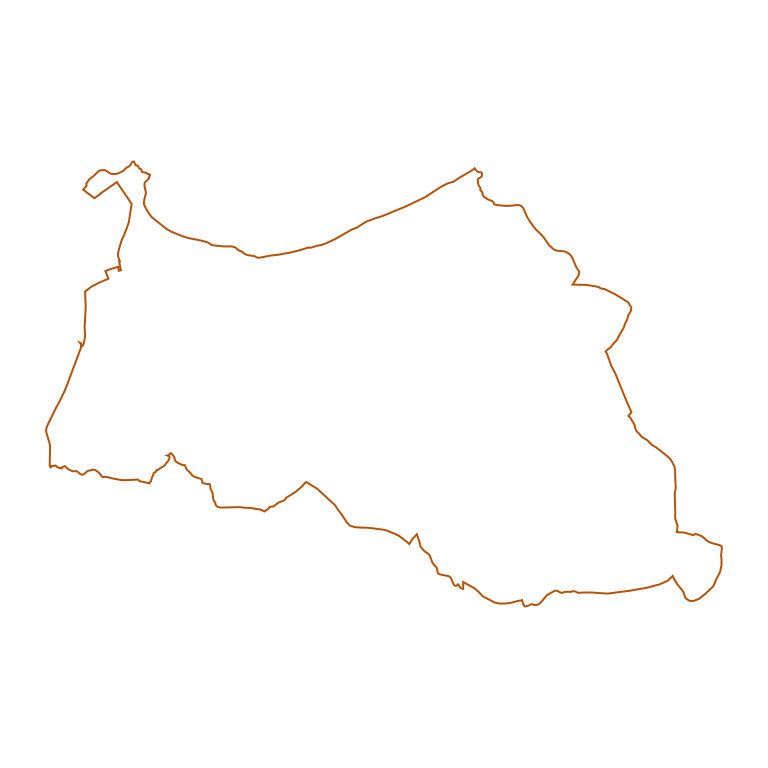 the district of Jaramijo, Manabi, Ecuador
{"feature_id": "8360857B39254193540064", "entity_name": "Jaramijo", "entity_type": "district", "adm_level": 2, "iso_a3": "ECU", "parent_name": "Ecuador", "parent_adm1": "Manabi", "projection": "orthographic", "projection_center": [-80.625, -0.974], "detail": "fine", "context": "isolated", "style": "outline", "palette": "amber", "viewbox_px": 768, "rotation_deg": 0, "n_neighbors": 0, "source": "geoboundaries", "source_scale": "gbopen_adm2", "svg_char_len": 6058}
<svg xmlns="http://www.w3.org/2000/svg" viewBox="0 0 768 768"><path d="M474.7,168.3L471.3,170.8L459.1,177.9L453.5,181.8L448.2,183.2L442.5,185.9L436.5,189.7L425.1,197.2L405.0,206.8L392.3,211.9L388.2,213.8L380.5,216.7L375.1,218.3L367.3,221.2L365.4,222.1L356.8,227.6L351.1,229.9L335.1,239.1L325.8,243.4L321.9,244.8L315.9,246.1L311.9,247.5L310.3,247.7L309.1,247.5L307.8,247.7L298.1,250.7L288.2,253.0L284.2,253.6L280.1,254.5L270.4,255.6L260.3,257.6L258.2,257.7L257.2,257.6L254.4,256.1L248.2,255.2L246.2,254.6L244.4,253.7L241.5,251.4L238.4,250.2L235.8,247.7L233.9,247.0L231.9,246.5L229.9,246.4L223.7,246.4L213.6,245.4L211.5,244.9L208.2,242.6L206.3,242.0L202.5,240.9L196.5,239.6L188.5,238.1L182.7,236.3L171.3,231.7L166.3,228.8L151.9,217.3L149.4,214.2L147.2,210.6L144.2,205.0L143.9,203.7L144.3,199.6L145.9,193.5L145.9,192.2L144.5,186.1L144.6,183.0L145.0,182.2L146.6,180.9L148.9,178.4L149.1,177.2L150.0,175.0L149.9,174.6L149.7,174.3L148.0,174.2L146.1,172.7L142.6,172.2L142.0,171.9L141.7,171.6L141.7,170.4L140.9,169.1L139.2,168.5L138.0,165.8L135.6,165.3L135.3,163.8L134.7,163.1L133.9,161.5L132.9,161.6L132.2,162.0L130.2,165.3L129.2,166.3L126.5,167.7L123.5,170.6L121.8,171.7L117.9,173.4L115.9,173.9L113.8,174.0L111.0,173.8L109.5,173.0L106.4,170.8L104.6,170.1L101.2,170.1L99.5,170.7L97.8,171.8L93.3,176.3L89.7,178.8L86.2,183.7L86.5,186.0L84.7,187.8L83.2,189.7L94.4,198.2L100.5,193.8L100.4,193.6L116.8,182.1L131.6,203.8L129.0,221.2L128.3,223.9L124.5,234.0L121.6,240.4L119.4,247.6L118.1,253.0L117.9,254.4L118.1,256.5L119.9,261.4L119.1,261.5L120.9,270.2L118.9,270.8L118.0,266.8L110.6,269.1L105.4,271.0L108.4,278.7L99.3,282.6L91.5,286.6L85.1,291.5L85.7,307.3L84.6,327.6L85.1,335.1L84.6,339.4L83.1,345.4L82.2,345.9L81.4,346.8L81.4,345.6L80.8,343.1L79.9,342.7L80.9,344.1L81.1,346.4L80.9,347.9L67.0,385.0L64.4,391.5L59.2,402.1L56.0,407.9L47.8,424.6L46.7,427.4L46.1,429.5L46.1,430.7L46.7,433.9L49.7,443.8L50.1,446.2L49.7,465.3L50.0,465.4L50.2,466.0L50.3,467.0L50.8,467.4L51.9,465.8L53.8,465.9L55.3,465.5L56.1,465.8L56.8,466.9L57.5,467.1L58.3,467.6L59.2,467.8L59.8,468.3L61.1,467.9L61.8,468.3L62.2,467.3L64.9,466.1L68.3,469.3L72.4,471.2L76.5,471.2L78.6,472.4L79.8,473.8L81.4,474.6L82.6,474.6L84.3,473.9L87.4,471.1L88.5,470.6L89.7,470.6L93.0,469.6L95.1,470.0L97.4,471.5L99.4,473.2L102.4,477.0L106.0,476.9L108.9,477.4L111.9,478.3L121.0,480.0L124.7,480.2L138.1,479.6L139.7,481.2L149.6,483.3L150.0,482.2L151.0,481.1L151.9,477.7L152.9,475.7L153.7,473.1L155.8,471.8L156.5,470.1L157.7,470.1L160.1,468.3L164.5,465.6L165.1,464.9L166.1,463.3L168.3,460.8L169.6,457.6L169.4,456.5L169.0,456.1L167.3,455.5L168.6,455.1L170.4,453.3L170.8,453.2L172.1,454.3L173.8,456.3L174.5,457.6L174.5,459.0L175.7,461.4L177.7,462.8L182.3,465.0L184.6,465.1L185.0,465.3L186.5,469.3L189.7,472.2L192.5,475.6L194.9,477.0L201.4,479.0L201.8,479.7L202.1,481.8L202.4,482.7L203.2,483.2L207.4,484.2L209.2,483.9L209.6,484.1L210.1,485.3L210.5,488.8L212.1,491.9L212.6,493.2L213.2,498.9L214.1,500.9L215.3,503.1L215.8,504.9L216.1,505.5L217.1,506.5L218.0,507.0L220.6,507.6L239.3,507.1L244.5,507.7L250.5,507.9L256.4,509.0L260.5,509.5L264.6,511.5L265.9,510.3L268.2,509.0L269.5,507.1L271.4,506.6L273.4,506.5L277.5,503.3L279.4,502.2L283.1,500.9L284.0,500.3L285.6,499.0L286.0,498.0L286.7,497.4L292.1,494.2L295.5,491.9L301.9,486.6L304.5,483.5L306.2,482.0L317.1,488.7L334.7,504.9L336.4,507.1L336.4,507.5L342.8,516.2L346.1,521.3L346.6,522.5L347.2,522.8L350.1,525.7L354.7,527.1L362.7,527.7L366.8,527.7L372.8,528.3L384.5,529.9L386.3,530.4L395.3,534.0L399.1,536.0L407.7,542.5L409.2,544.0L410.1,543.0L412.8,538.5L416.9,534.2L419.7,542.8L420.4,546.1L421.4,547.7L423.7,550.4L425.0,551.6L428.0,553.5L429.1,554.7L430.0,556.1L432.2,562.0L433.4,564.1L436.2,567.1L436.9,568.2L437.8,572.8L438.4,573.6L440.4,574.5L448.0,576.0L449.1,576.4L450.3,577.2L451.0,578.3L453.7,584.5L455.1,585.9L456.5,585.8L458.0,584.3L458.3,584.4L460.3,587.7L461.2,588.3L463.2,588.8L463.2,582.0L474.6,588.4L478.9,592.1L482.6,596.2L494.6,602.5L499.9,603.6L505.1,603.5L511.0,602.8L516.0,601.4L522.1,600.2L523.2,604.2L524.7,606.3L525.3,606.5L528.4,605.7L531.2,604.2L532.0,604.2L534.2,604.9L537.0,605.0L539.2,603.8L540.9,602.4L547.0,595.1L555.0,590.6L557.3,590.9L558.0,591.1L559.5,592.2L561.9,592.9L565.3,591.8L571.2,591.8L573.1,591.1L575.5,591.5L577.6,592.7L578.7,592.8L584.1,592.5L591.6,592.5L605.7,593.5L608.4,593.5L630.6,590.6L646.5,587.8L659.6,584.4L667.8,580.7L672.7,575.9L674.4,579.5L677.2,584.1L683.0,591.3L683.5,592.2L685.5,598.1L689.6,600.9L691.4,601.0L694.0,600.8L699.0,598.9L705.7,593.5L713.1,586.5L715.2,582.3L715.3,581.1L719.3,573.6L720.4,570.8L721.5,565.2L721.5,559.4L721.1,555.2L721.9,548.2L721.8,547.0L721.0,545.8L719.9,545.2L713.2,543.5L709.4,542.2L706.6,540.4L704.4,538.2L702.7,536.9L701.0,535.9L698.0,534.6L695.2,534.0L694.5,534.2L693.3,535.2L684.5,532.6L676.8,532.1L677.6,525.6L675.2,518.7L675.3,512.3L674.7,493.9L675.6,489.0L675.7,486.5L675.3,479.8L675.1,470.6L674.6,467.2L674.0,465.7L671.8,461.4L670.0,458.8L667.2,456.1L656.1,447.4L651.9,444.9L647.2,440.1L642.6,437.4L641.4,436.5L639.5,434.0L637.0,431.7L635.9,430.1L635.1,428.1L634.5,424.9L634.0,423.9L630.3,417.7L628.4,415.9L631.5,412.3L626.9,402.0L615.4,373.7L611.2,365.6L606.8,353.3L605.6,351.5L607.1,349.9L610.8,347.3L613.7,343.3L616.5,340.4L617.3,339.3L618.8,336.1L623.5,328.1L625.4,323.0L627.3,319.1L628.2,315.4L629.9,312.8L630.8,310.9L631.3,307.4L627.8,302.0L614.3,293.8L604.3,289.0L600.7,288.4L599.1,287.3L595.5,286.3L586.1,284.9L572.6,284.6L578.7,275.1L579.2,271.5L576.5,267.6L572.4,258.0L571.0,255.7L569.0,253.7L567.7,252.8L565.1,251.6L562.5,251.1L557.7,250.8L555.2,250.2L553.5,249.2L549.2,245.3L543.4,237.0L540.5,233.9L535.7,229.3L533.9,227.1L529.7,221.2L526.8,216.4L523.6,208.9L522.9,207.7L521.4,206.1L520.6,205.6L518.9,205.1L516.8,205.1L508.5,205.9L505.4,205.9L497.9,205.2L494.9,204.6L494.0,204.0L493.3,202.1L492.4,201.2L488.1,199.5L484.4,197.1L482.8,195.3L482.3,192.1L480.3,190.2L480.5,188.2L478.3,184.5L477.9,182.9L477.9,179.4L478.6,178.5L481.0,177.1L481.8,176.1L482.1,174.3L481.9,173.1L481.2,172.4L478.4,172.0L476.8,171.2L474.7,168.3Z" fill="none" stroke="#b45309" stroke-width="2"/></svg>